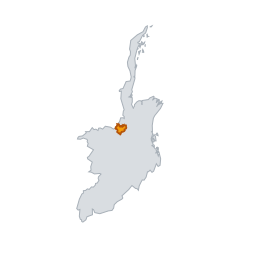 Loikaw, Kayah, Myanmar (highlighted), rotated 201°
{"feature_id": "60261553B25125997749826", "entity_name": "Loikaw", "entity_type": "district", "adm_level": 2, "iso_a3": "MMR", "parent_name": "Myanmar", "parent_adm1": "Kayah", "projection": "robinson", "projection_center": [97.339, 19.508], "detail": "fine", "context": "in_parent", "style": "filled", "palette": "amber", "viewbox_px": 256, "rotation_deg": 201, "n_neighbors": 0, "source": "geoboundaries", "source_scale": "gbopen_adm2", "svg_char_len": 6536}
<svg xmlns="http://www.w3.org/2000/svg" viewBox="0 0 256 256"><g transform="rotate(201 128 128)"><path d="M161.5,115.5L159.2,114.3L157.6,115.4L155.1,114.9L155.3,117.3L153.9,118.1L151.3,117.9L149.8,121.5L144.5,122.5L141.1,121.8L139.2,125.0L139.0,128.7L138.1,130.9L138.5,134.8L136.2,135.8L134.9,135.5L135.6,137.3L137.4,138.1L138.4,142.1L138.1,143.6L145.2,152.8L147.4,160.0L149.1,159.0L149.6,159.7L149.0,161.6L146.8,163.1L146.4,170.7L142.9,172.6L143.0,175.1L143.4,176.9L146.6,182.0L150.1,185.4L152.1,189.2L152.5,194.6L152.0,196.8L153.0,200.1L154.8,202.2L156.8,210.8L152.7,218.3L148.5,223.3L147.9,228.5L146.6,230.3L145.9,228.6L145.6,223.1L147.6,219.6L148.3,212.9L149.6,211.5L148.9,210.8L147.3,211.2L147.8,205.8L146.9,205.6L147.7,204.4L146.6,195.4L143.4,189.0L143.0,186.2L142.5,189.9L142.1,189.2L142.0,184.2L140.1,178.7L140.3,178.2L141.2,178.7L140.4,177.5L139.7,177.7L139.2,176.4L138.2,165.1L136.9,163.4L137.4,158.6L138.3,157.3L134.9,157.8L133.3,153.7L133.2,151.4L129.8,148.0L130.4,149.1L129.8,150.2L130.3,152.2L129.0,155.7L127.6,157.4L125.7,158.0L124.2,157.0L123.9,155.1L123.3,155.1L124.7,158.7L119.2,161.8L118.4,163.9L115.5,166.8L114.7,166.4L115.1,162.6L113.5,165.6L111.2,165.7L110.7,161.6L109.8,164.0L108.4,164.7L108.9,157.9L108.5,159.9L106.3,162.6L104.2,163.5L104.7,157.9L107.5,149.1L107.8,146.1L106.3,139.1L103.8,133.2L104.5,133.1L102.8,131.4L102.6,127.0L101.6,128.5L101.4,131.3L99.3,129.9L97.2,126.0L98.1,125.7L100.5,127.5L101.8,126.5L102.1,125.2L98.4,121.5L99.3,120.0L98.1,120.0L94.9,118.2L94.0,118.5L94.4,120.1L93.7,120.6L92.5,118.2L93.4,117.0L92.7,116.9L93.2,114.8L92.9,114.5L91.4,117.3L90.5,116.6L91.5,115.2L91.1,114.4L89.7,112.7L89.8,115.7L86.5,111.0L84.7,104.6L86.1,102.9L88.7,104.8L88.6,96.9L89.7,95.2L92.3,96.6L93.1,94.6L94.1,94.1L93.5,88.6L94.3,85.1L96.1,84.6L96.5,81.7L96.8,77.9L96.0,73.6L97.6,74.6L99.4,74.3L103.7,75.7L105.3,70.7L109.3,62.6L107.8,60.8L108.1,59.6L111.6,55.4L113.4,51.5L112.7,48.1L113.4,45.3L116.6,43.6L123.6,37.9L128.7,37.1L130.9,39.4L132.3,39.6L130.1,34.3L134.5,30.4L134.4,27.2L136.4,24.0L137.6,24.1L138.6,25.7L139.8,25.7L141.8,28.1L143.7,34.7L145.1,33.5L147.0,34.4L147.9,44.2L147.4,49.9L146.3,51.2L147.2,53.5L145.3,54.4L144.1,56.6L142.2,56.8L141.0,59.9L139.1,60.4L138.1,62.8L138.4,64.6L136.9,65.7L136.4,68.8L137.7,70.1L138.1,71.8L136.7,75.3L137.9,75.5L142.9,73.1L146.5,73.6L148.9,73.0L147.4,75.4L148.9,78.5L149.2,83.4L154.6,84.7L155.4,86.0L154.3,87.5L152.4,95.3L159.4,96.4L159.7,99.4L161.2,100.5L161.4,102.1L162.3,102.7L166.1,102.6L168.3,100.5L171.2,99.6L171.3,101.3L170.7,102.6L167.6,104.3L165.5,107.9L165.3,108.7L166.3,109.4L162.7,110.8L161.5,115.5ZM99.4,123.9L101.6,125.4L101.2,126.5L99.8,126.5L98.7,124.6L99.4,123.9ZM144.1,200.8L145.5,203.0L144.1,204.6L144.1,200.8ZM99.1,133.7L98.0,132.9L97.2,131.6L99.7,131.7L99.1,133.7ZM146.1,210.5L146.2,213.5L145.3,213.2L144.7,210.7L146.1,210.5ZM107.5,163.4L106.0,165.4L105.8,163.7L107.9,161.4L107.5,163.4ZM136.8,160.8L135.9,160.3L135.8,158.5L136.5,158.0L137.1,158.9L136.8,160.8ZM143.2,214.2L143.0,213.2L144.0,210.8L143.8,212.9L143.2,214.2ZM142.7,219.7L143.9,222.0L143.7,222.4L142.5,220.6L141.8,220.8L142.7,219.7ZM147.0,208.8L145.7,209.5L145.6,207.4L147.0,208.8ZM143.9,230.1L142.2,232.0L142.4,230.9L143.9,230.1ZM92.1,118.5L92.7,120.9L91.7,118.0L92.1,118.5ZM144.1,196.1L144.0,197.9L143.6,194.9L144.1,196.1ZM97.3,120.2L97.5,121.7L96.5,119.6L97.3,120.2ZM142.4,206.6L141.4,205.7L141.7,205.1L142.2,205.2L142.4,206.6ZM141.7,204.0L141.0,205.2L140.4,204.5L140.9,203.9L141.7,204.0ZM141.8,211.3L141.8,212.4L141.1,209.9L141.8,211.3ZM109.8,165.7L109.1,165.6L110.1,164.4L110.2,164.9L109.8,165.7ZM146.3,219.9L145.7,219.7L146.2,218.5L146.3,219.9Z" fill="#d9dde1" stroke="#a8b0b8" stroke-width="1"/><path d="M139.4,127.7L139.2,127.5L139.1,127.4L138.8,127.2L139.0,127.0L139.3,127.0L139.3,126.9L139.3,126.7L139.2,126.5L139.1,126.4L139.0,126.2L139.0,125.9L138.9,125.8L138.9,125.7L139.0,125.7L139.2,125.4L139.3,125.4L139.3,125.2L139.5,125.1L139.6,124.9L139.8,124.6L139.7,124.5L139.7,124.4L139.7,124.2L139.6,124.3L139.6,124.1L139.6,123.9L139.6,123.7L139.5,123.4L139.5,123.2L139.4,122.9L139.2,122.9L138.8,122.9L138.7,122.7L138.5,122.8L138.3,122.8L138.2,122.8L138.0,122.7L137.9,122.7L137.9,122.8L137.7,122.6L137.3,122.6L137.2,122.6L137.1,122.4L137.0,122.2L136.9,122.1L136.7,122.0L136.7,121.9L136.7,121.6L136.8,121.5L136.8,121.3L136.9,121.1L137.0,120.9L136.9,120.8L136.6,120.9L136.5,120.7L136.4,120.6L136.5,120.3L136.4,120.3L136.3,120.2L136.2,120.1L135.9,120.3L135.7,120.3L135.5,120.2L135.4,120.1L135.2,120.0L135.1,119.9L135.0,119.7L134.9,119.5L134.7,119.6L134.5,119.8L134.4,120.1L134.2,120.2L133.9,120.2L133.6,120.1L133.4,120.0L133.4,119.9L133.4,119.7L133.3,119.4L133.3,119.2L133.1,119.1L132.9,119.0L132.7,119.1L132.7,119.3L132.8,119.4L132.8,119.5L132.7,119.7L132.7,119.8L132.6,120.1L132.7,120.3L132.7,120.5L132.8,120.7L132.8,120.8L132.7,120.9L132.6,121.0L132.6,121.4L132.7,121.5L132.8,121.6L132.7,121.7L132.4,121.8L132.5,122.2L132.4,122.2L132.2,122.2L132.0,122.3L131.8,122.4L131.7,122.4L131.4,122.5L131.4,122.9L131.4,123.0L131.2,123.0L130.9,123.1L130.8,123.3L130.7,123.6L130.5,123.8L130.5,123.7L130.4,123.7L130.4,123.9L130.3,124.0L130.3,124.3L130.2,124.2L130.1,124.3L130.0,124.5L130.4,124.8L130.4,125.0L130.5,125.1L130.8,125.2L130.9,125.4L130.9,125.5L130.6,125.7L130.4,125.8L130.2,126.0L130.1,126.3L130.0,126.5L129.9,126.7L129.9,126.8L130.0,126.8L129.9,126.8L129.8,126.7L129.7,126.6L129.5,126.8L129.5,127.0L129.5,127.3L129.7,127.5L129.8,127.8L129.7,128.0L129.8,128.1L129.9,128.3L130.0,128.4L130.1,128.5L130.3,128.4L130.4,128.6L130.4,128.8L130.5,128.9L130.6,129.0L130.6,129.3L130.8,129.4L130.6,129.5L130.7,129.8L130.8,129.9L131.0,129.8L131.4,129.7L131.5,129.6L131.8,129.6L132.0,129.5L132.1,129.4L132.2,129.2L132.3,129.1L132.5,129.0L132.8,129.1L132.9,129.3L132.9,129.2L133.0,129.3L133.1,129.2L133.3,129.3L133.2,129.3L133.3,129.2L133.3,129.3L133.5,129.1L133.4,129.0L133.5,129.0L133.4,128.9L133.4,128.7L133.5,128.5L133.6,128.4L133.6,128.2L133.3,127.8L133.4,127.7L133.5,127.6L133.4,127.3L133.4,127.2L133.5,127.0L133.8,127.1L134.1,127.1L134.3,127.0L134.3,126.9L134.5,126.8L134.5,127.0L134.6,127.3L134.7,127.5L134.8,127.8L135.0,127.7L135.1,127.8L135.2,127.7L135.3,127.4L135.5,127.5L135.7,127.4L135.7,127.2L135.7,126.6L135.8,126.4L136.0,126.4L136.3,126.3L136.4,126.5L136.5,126.5L136.8,126.7L136.7,126.8L136.8,126.9L136.8,127.1L137.0,127.2L137.1,127.3L137.2,127.5L137.3,127.5L137.4,127.9L137.5,128.1L137.7,128.3L137.8,128.3L138.1,128.4L138.4,128.4L138.5,128.3L138.7,128.1L138.9,127.9L139.1,128.0L139.2,127.9L139.3,127.7L139.4,127.7Z" fill="#f59e0b" stroke="#b45309" stroke-width="1.5"/></g></svg>